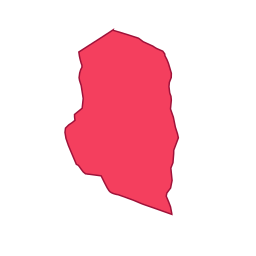 Sirba, Western Darfur, Sudan (Mercator projection), rotated 248°
{"feature_id": "16777658B17269795285399", "entity_name": "Sirba", "entity_type": "district", "adm_level": 2, "iso_a3": "SDN", "parent_name": "Sudan", "parent_adm1": "Western Darfur", "projection": "mercator", "projection_center": [22.421, 13.82], "detail": "fine", "context": "isolated", "style": "filled", "palette": "rose", "viewbox_px": 256, "rotation_deg": 248, "n_neighbors": 0, "source": "geoboundaries", "source_scale": "gbopen_adm2", "svg_char_len": 1290}
<svg xmlns="http://www.w3.org/2000/svg" viewBox="0 0 256 256"><g transform="rotate(248 128 128)"><path d="M172.8,189.7L177.0,189.7L181.1,189.3L183.0,189.8L186.2,189.0L191.0,184.3L192.3,183.3L194.6,181.7L202.3,174.4L207.3,171.4L215.0,162.2L224.4,150.5L224.5,150.6L221.6,135.8L219.2,123.0L216.9,110.9L212.9,109.9L210.6,109.5L208.5,109.2L205.8,108.9L203.4,108.8L201.5,108.0L199.9,106.1L197.1,103.8L196.2,103.3L193.0,101.5L190.3,100.9L184.9,100.5L177.6,98.8L172.1,97.5L163.5,92.9L160.6,83.5L158.3,82.6L155.0,81.7L153.9,78.1L153.1,74.3L151.3,70.0L147.5,67.9L141.6,66.6L134.0,66.2L126.7,66.3L114.8,66.5L113.7,66.5L112.2,67.8L111.5,68.1L110.5,68.4L107.1,69.2L103.9,70.1L103.2,70.5L102.1,71.1L101.5,71.4L100.9,72.5L100.2,73.6L100.0,74.1L93.7,85.2L86.7,85.7L80.4,86.3L77.1,86.9L75.5,87.5L74.1,88.5L72.8,89.8L71.8,91.0L70.6,92.6L69.9,93.8L67.8,96.2L58.9,106.1L56.2,108.8L54.7,110.3L52.9,112.1L51.7,113.4L50.1,115.2L43.2,123.1L36.9,130.2L31.5,136.3L32.1,136.5L39.0,137.9L44.1,138.0L50.5,137.9L53.2,139.7L56.4,145.0L62.8,149.2L68.6,150.9L74.8,152.7L79.0,156.7L87.0,160.7L90.3,162.1L100.0,171.0L104.1,171.7L110.9,172.2L121.1,174.1L129.7,174.5L137.6,178.6L141.3,179.7L144.8,179.8L151.1,181.5L154.9,183.5L158.6,187.0L162.5,188.7L172.8,189.7Z" fill="#f43f5e" stroke="#9f1239" stroke-width="1.5"/></g></svg>